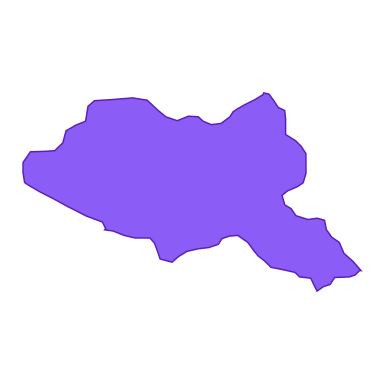 the district of Vimmerby, Kalmar, Sweden
{"feature_id": "70781695B52045533675939", "entity_name": "Vimmerby", "entity_type": "district", "adm_level": 2, "iso_a3": "SWE", "parent_name": "Sweden", "parent_adm1": "Kalmar", "projection": "natural_earth1", "projection_center": [15.936, 57.699], "detail": "fine", "context": "isolated", "style": "filled", "palette": "violet", "viewbox_px": 384, "rotation_deg": 0, "n_neighbors": 0, "source": "geoboundaries", "source_scale": "gbopen_adm2", "svg_char_len": 1307}
<svg xmlns="http://www.w3.org/2000/svg" viewBox="0 0 384 384"><path d="M361.0,270.6L353.2,261.6L343.9,253.3L339.3,242.4L331.9,237.3L326.4,229.7L324.5,220.2L317.1,218.2L307.9,219.5L295.9,215.7L291.2,208.7L284.8,204.9L282.0,195.4L287.5,190.9L297.7,186.5L303.2,182.7L306.0,173.2L305.9,153.5L301.3,146.5L295.8,140.9L285.6,134.5L285.6,119.4L284.7,110.5L278.2,107.4L273.6,100.4L269.0,94.1L263.7,92.9L263.1,94.6L255.0,99.6L246.1,104.0L238.0,108.5L233.1,111.8L229.9,116.8L221.0,123.5L211.2,124.6L203.1,121.2L198.3,116.8L188.5,116.2L177.2,120.7L165.8,116.8L157.7,110.1L153.7,106.3L147.2,100.2L132.6,97.9L111.6,99.6L94.5,100.7L88.0,106.3L86.4,116.2L85.6,121.2L75.9,125.1L67.2,130.1L66.1,130.7L62.8,142.9L54.7,150.7L45.8,151.3L30.4,151.8L23.1,162.4L23.0,172.4L24.6,182.5L29.5,185.8L40.0,191.9L52.2,198.1L67.6,206.5L86.2,216.0L102.5,222.1L105.7,228.8L104.7,229.8L113.0,231.0L124.1,235.4L135.1,238.0L149.9,238.0L154.5,243.1L157.3,250.7L160.1,259.0L172.1,262.2L178.6,256.5L186.9,251.4L198.0,248.8L209.0,247.5L218.3,244.3L222.0,238.6L229.4,236.1L237.7,235.4L247.8,242.4L253.4,250.1L258.0,255.8L264.5,260.9L271.0,267.3L283.9,269.9L295.0,272.4L299.6,276.9L310.7,278.2L317.0,291.1L323.7,286.5L330.1,284.5L334.7,277.5L349.5,276.9L355.1,275.0L359.7,270.5L361.0,270.6Z" fill="#8b5cf6" stroke="#5b21b6" stroke-width="1.5"/></svg>